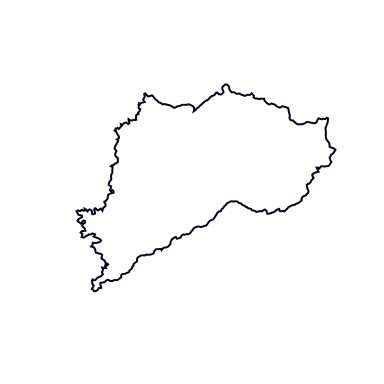 outline of Vila Propício, Goiás, Brazil, rotated 214°
{"feature_id": "56859067B93488983181144", "entity_name": "Vila Propício", "entity_type": "district", "adm_level": 2, "iso_a3": "BRA", "parent_name": "Brazil", "parent_adm1": "Goiás", "projection": "albers", "projection_center": [-48.79, -15.215], "detail": "fine", "context": "isolated", "style": "outline", "palette": "ink", "viewbox_px": 384, "rotation_deg": 214, "n_neighbors": 0, "source": "geoboundaries", "source_scale": "gbopen_adm2", "svg_char_len": 6043}
<svg xmlns="http://www.w3.org/2000/svg" viewBox="0 0 384 384"><g transform="rotate(214 192 192)"><path d="M161.4,172.1L161.4,176.8L161.0,178.3L159.3,180.9L159.0,182.3L159.3,189.5L158.9,190.7L157.3,192.3L157.8,194.2L157.2,196.2L157.3,198.0L156.8,199.7L156.6,202.2L154.9,205.5L154.2,206.3L152.4,207.2L150.4,208.9L148.9,209.4L147.0,209.1L145.6,209.7L144.2,209.8L142.8,209.3L141.2,210.0L139.9,209.7L138.0,210.2L136.9,209.9L133.6,210.9L132.0,210.4L130.6,211.1L128.7,211.5L127.4,211.5L125.0,214.2L123.5,214.8L122.8,216.1L122.2,218.0L120.0,218.2L117.2,216.0L114.8,218.4L114.1,219.8L113.0,220.8L111.6,225.0L110.2,226.7L108.9,225.4L107.4,225.7L106.5,226.9L104.5,227.6L103.6,232.1L103.7,233.2L101.4,237.1L100.2,238.5L99.3,239.3L99.1,240.6L97.8,242.0L96.7,245.1L96.4,246.5L97.3,247.5L97.7,248.8L97.5,250.2L95.6,253.3L95.6,254.8L95.3,256.1L95.8,257.8L98.1,259.3L99.6,260.6L100.9,262.2L100.5,263.4L99.6,264.4L99.1,266.5L99.6,268.2L99.2,270.0L99.2,271.9L100.6,272.2L102.1,273.7L101.4,276.2L98.4,279.6L102.3,281.9L101.1,282.6L99.5,282.8L99.5,285.0L98.6,286.0L96.2,287.4L94.4,289.0L93.2,290.4L93.2,294.8L94.9,295.6L97.1,297.4L97.1,298.8L97.6,300.3L96.7,302.5L96.5,304.6L96.7,307.3L99.0,307.4L103.2,306.4L105.3,309.1L110.5,311.1L112.9,313.7L113.5,315.3L117.2,319.7L117.2,320.9L117.8,322.4L118.4,325.5L120.3,329.1L121.7,329.0L122.4,326.9L124.4,326.1L125.0,324.9L128.3,323.8L128.2,321.3L127.7,319.0L129.2,317.2L130.7,316.5L134.4,315.2L136.2,314.0L136.9,312.0L138.5,309.8L142.2,307.3L143.8,307.0L145.2,307.3L146.6,307.3L148.2,307.8L149.4,307.1L150.7,306.8L152.0,307.4L152.9,308.4L153.7,310.3L156.4,312.4L159.1,315.4L161.1,314.9L165.0,313.7L166.2,311.1L168.8,310.5L170.6,310.5L172.2,310.8L173.7,310.3L175.4,310.0L176.7,307.8L178.0,307.5L181.7,308.0L183.2,308.5L184.4,309.7L185.4,308.9L186.8,308.2L188.0,306.8L190.7,305.7L192.2,304.8L193.9,304.8L194.4,306.4L197.8,307.1L197.9,305.7L198.4,304.8L200.6,303.5L201.9,301.2L206.2,300.2L208.0,300.0L209.6,298.4L212.9,298.3L214.8,296.8L216.4,297.2L219.0,298.4L219.8,299.6L221.0,300.3L222.3,300.6L223.6,300.5L224.7,299.3L225.3,297.2L225.3,295.4L224.4,294.3L222.8,293.3L221.7,292.4L221.8,290.3L222.9,288.7L224.9,288.1L226.8,288.6L227.7,287.3L227.5,286.0L227.6,284.9L228.1,283.9L229.2,282.8L229.8,281.1L230.2,277.9L230.7,276.5L231.4,275.7L232.0,274.4L234.2,265.3L234.9,263.7L235.0,261.4L235.7,259.8L236.4,261.6L237.4,262.9L239.1,263.7L242.8,263.2L244.1,262.6L245.4,261.1L248.0,259.4L249.1,258.4L250.8,255.8L251.8,255.2L253.1,252.6L254.1,251.7L256.5,251.8L259.6,251.2L264.0,249.5L265.1,248.4L268.8,248.1L269.8,247.7L270.9,247.9L272.2,248.4L274.3,248.4L277.9,249.6L279.2,249.8L280.9,247.6L282.0,246.6L286.0,247.7L286.4,246.4L285.2,245.5L284.4,244.4L284.3,241.4L283.2,240.7L281.6,240.1L283.3,238.2L284.1,237.0L284.2,235.5L285.5,235.9L285.3,234.6L284.2,233.7L283.6,232.3L282.6,231.4L281.2,231.8L280.6,230.5L281.0,227.4L280.0,226.6L281.3,225.0L280.9,223.9L279.8,221.9L278.6,220.7L279.4,219.8L280.7,219.4L281.9,217.5L283.2,216.9L285.3,216.9L284.6,215.9L283.4,215.0L282.4,213.9L283.0,212.6L285.5,212.9L286.6,211.4L287.3,209.7L287.2,208.5L288.8,208.4L287.4,207.1L287.9,203.5L289.4,203.6L289.9,202.4L290.8,201.9L290.2,201.0L290.4,199.7L289.1,199.9L288.0,199.1L283.8,197.1L282.7,195.9L283.6,193.6L282.4,193.8L281.7,192.2L281.2,186.6L280.6,184.9L279.2,184.2L277.6,183.8L277.1,180.8L276.0,179.5L275.1,178.9L272.2,178.5L271.3,176.7L270.2,175.6L270.8,173.6L272.0,172.0L271.9,170.8L273.4,169.2L273.6,168.0L272.1,168.5L271.3,167.5L270.7,166.1L268.9,163.8L268.6,161.3L268.1,160.1L266.0,157.3L266.1,153.9L265.2,151.5L263.7,151.1L262.2,151.5L261.3,149.4L261.1,147.6L259.5,147.2L258.9,149.1L257.7,148.9L256.6,147.6L258.4,145.5L260.0,143.0L258.3,139.2L258.4,136.3L259.3,135.1L258.7,134.2L257.4,133.8L256.5,133.2L255.9,131.5L256.7,129.6L255.8,126.3L258.3,127.3L258.9,126.0L259.3,124.5L260.2,124.0L262.1,124.4L263.2,124.4L263.4,123.2L262.4,122.0L261.0,120.8L260.4,119.8L261.1,118.6L262.4,117.9L263.2,118.7L264.7,120.6L266.3,120.6L267.5,119.9L267.9,117.4L270.0,118.2L271.7,118.1L270.6,116.8L271.3,115.8L273.3,115.7L274.0,113.7L276.5,112.7L277.1,111.5L273.8,109.8L272.7,109.8L270.1,110.9L269.0,109.8L270.0,108.0L270.8,106.0L271.0,104.4L270.0,103.7L268.4,103.9L266.6,103.6L266.0,104.9L266.5,106.3L265.9,107.9L264.4,108.1L263.6,106.8L264.2,105.1L264.3,102.7L263.0,102.2L261.8,102.1L260.0,101.3L258.8,100.2L261.5,97.9L261.6,96.1L259.4,96.0L258.4,93.0L256.4,93.6L255.7,94.5L255.5,96.1L254.4,97.5L253.7,99.0L251.8,100.8L251.4,101.9L250.2,102.4L248.7,102.7L248.4,101.5L248.7,100.1L247.5,100.2L245.5,100.9L241.5,101.4L240.3,101.0L240.4,99.4L241.1,98.1L241.9,97.5L242.7,96.3L243.7,95.6L245.9,94.4L244.9,92.6L245.2,90.4L243.1,91.2L241.1,90.8L239.6,89.8L238.6,88.6L237.7,88.0L236.4,88.6L234.9,88.8L233.8,89.4L232.5,89.7L231.3,89.6L230.5,87.9L230.2,86.5L229.0,86.1L227.4,86.3L226.2,86.3L224.1,84.8L222.6,85.2L221.1,85.1L221.4,83.4L223.0,83.7L222.8,82.0L220.8,80.9L221.7,80.2L224.2,79.1L222.4,77.9L221.6,74.9L219.9,74.1L220.3,71.5L221.0,70.1L221.7,69.3L222.5,67.7L222.7,66.0L223.4,64.2L225.6,63.8L225.3,62.5L224.2,61.2L223.0,60.0L221.1,59.4L220.8,55.6L218.9,55.6L217.9,54.9L216.3,56.0L215.4,58.3L215.5,60.4L213.6,61.7L214.6,62.9L216.2,63.8L217.0,65.5L214.0,68.4L213.9,69.5L213.3,71.4L212.1,72.5L210.5,72.3L208.3,73.6L207.4,75.3L206.2,76.3L204.8,77.1L204.2,78.0L203.7,80.0L203.0,81.6L204.2,83.7L203.8,85.1L201.6,86.8L201.2,87.9L199.5,90.2L199.8,91.6L199.6,93.3L199.1,95.1L199.7,96.6L199.3,98.1L200.1,99.7L199.7,101.3L198.8,103.8L199.8,105.3L200.5,107.0L198.8,110.9L197.4,112.0L195.5,113.1L194.9,114.6L193.4,115.4L191.5,116.8L190.4,118.1L189.8,119.1L189.6,120.4L190.3,121.7L190.0,122.9L190.0,124.2L185.7,127.6L184.7,126.8L184.6,128.7L184.1,130.3L182.2,131.7L181.3,133.3L181.0,134.5L181.0,137.3L181.8,138.4L181.9,139.7L182.3,141.5L181.6,142.8L181.2,144.5L180.3,145.6L178.5,144.8L176.9,146.4L176.0,148.0L176.3,149.7L175.7,151.8L174.3,152.4L173.3,153.7L171.2,155.2L170.5,156.9L170.5,159.5L170.2,160.7L170.3,162.2L170.1,163.5L169.5,164.6L168.5,165.9L166.7,167.5L165.7,167.7L164.5,168.3L162.3,171.5L161.4,172.1Z" fill="none" stroke="#020617" stroke-width="2"/></g></svg>